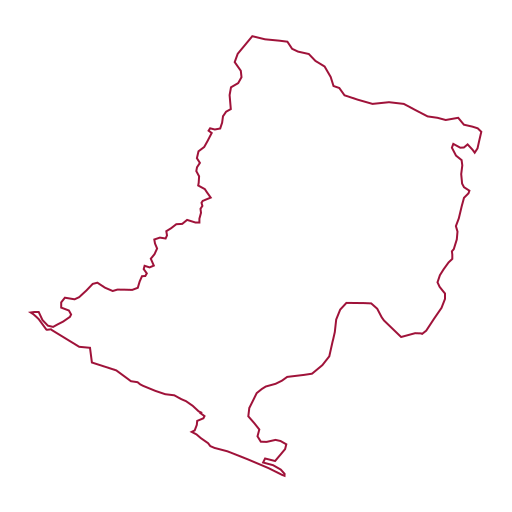 Butaw, Sinoe, Liberia (Albers equal-area conic projection)
{"feature_id": "62588387B58471335034652", "entity_name": "Butaw", "entity_type": "district", "adm_level": 2, "iso_a3": "LBR", "parent_name": "Liberia", "parent_adm1": "Sinoe", "projection": "albers", "projection_center": [-9.093, 5.133], "detail": "fine", "context": "isolated", "style": "outline", "palette": "rose", "viewbox_px": 512, "rotation_deg": 0, "n_neighbors": 0, "source": "geoboundaries", "source_scale": "gbopen_adm2", "svg_char_len": 3037}
<svg xmlns="http://www.w3.org/2000/svg" viewBox="0 0 512 512"><path d="M30.7,312.5L33.2,314.1L36.4,316.9L38.7,319.1L46.3,329.5L46.9,329.8L51.0,329.3L51.9,330.1L79.2,346.8L90.0,347.8L91.9,362.5L116.3,370.4L128.0,379.0L130.9,381.2L137.6,382.2L140.1,384.3L143.0,385.8L155.4,390.9L165.2,394.2L174.3,395.3L180.8,398.9L183.0,399.9L185.9,401.1L192.8,405.9L198.7,411.4L201.1,412.5L200.5,413.2L204.5,416.1L203.4,418.3L197.2,420.9L196.8,424.9L194.7,430.4L191.7,431.9L196.5,434.4L200.8,438.1L208.1,443.2L210.3,446.1L214.7,448.0L215.6,448.2L227.4,451.3L247.7,459.3L268.5,468.1L282.1,474.9L284.5,475.8L284.6,473.9L280.8,469.6L273.1,465.2L263.1,462.5L265.1,458.5L275.1,461.0L285.1,449.1L286.3,444.3L280.5,441.0L275.5,439.9L266.6,441.9L260.8,441.7L257.5,436.3L259.3,429.5L254.4,423.3L248.3,416.3L249.3,407.9L249.7,407.2L253.4,399.8L256.7,393.1L261.8,389.0L265.8,386.5L275.6,383.8L281.9,380.7L287.2,376.9L304.0,374.9L312.0,373.7L313.0,372.9L322.4,365.1L329.3,356.3L329.6,354.9L332.6,341.5L333.2,339.2L334.8,332.1L336.2,319.5L340.2,309.6L346.4,302.9L364.3,303.1L371.2,303.4L377.2,308.7L381.7,317.3L383.9,320.4L401.1,337.0L415.1,333.2L421.1,333.4L422.1,333.9L426.2,330.7L434.0,318.8L441.5,307.9L445.0,298.9L445.0,293.5L442.2,290.1L439.6,286.8L437.5,282.3L439.1,277.6L439.9,275.2L443.6,269.3L448.6,262.4L452.3,258.9L452.3,254.6L451.9,251.3L453.8,249.1L456.8,239.4L457.5,231.6L455.9,226.1L458.8,218.4L461.5,207.1L462.1,204.7L462.4,203.7L464.0,197.8L468.5,193.3L469.4,190.7L464.0,187.2L462.1,183.6L461.2,174.1L462.3,165.4L461.6,160.1L456.0,155.6L451.9,147.7L452.3,146.6L453.3,143.9L460.3,147.7L463.9,147.5L467.6,144.4L472.6,149.8L474.7,152.7L477.5,148.4L479.2,140.8L481.3,131.8L477.7,128.3L472.3,126.6L463.9,124.7L458.2,117.8L445.7,120.0L437.5,117.8L427.6,116.4L414.9,109.8L403.8,103.9L389.0,102.2L372.5,103.9L357.8,99.7L344.5,95.3L341.0,90.4L339.3,88.0L333.5,86.0L330.7,77.0L324.6,66.5L315.4,60.9L308.8,54.0L298.0,51.6L292.1,48.8L287.4,41.7L279.6,40.7L265.0,39.3L254.4,36.7L252.3,36.2L237.7,53.8L234.7,62.1L240.8,70.8L241.5,77.2L238.2,83.1L231.0,87.3L229.6,95.1L230.8,109.1L226.1,111.7L223.8,115.1L223.0,116.2L222.1,122.8L221.3,125.1L220.2,128.5L214.8,129.5L210.1,128.3L208.6,130.7L211.7,133.0L207.5,141.1L204.2,147.0L198.5,151.3L196.9,158.2L199.9,162.9L197.0,167.3L196.3,171.1L199.1,176.3L198.7,182.7L198.2,185.5L204.8,189.1L207.0,192.4L210.7,197.6L202.7,200.9L201.5,202.8L202.4,205.9L200.5,208.8L201.0,212.8L199.4,218.7L199.4,222.5L195.4,222.5L187.1,219.9L182.2,223.9L176.3,224.2L171.0,228.3L166.3,231.2L167.0,235.4L165.6,238.5L159.9,237.6L154.3,239.5L155.0,243.5L157.1,248.5L154.5,254.2L150.8,258.7L153.8,265.6L149.6,267.4L144.6,265.8L143.7,269.1L146.8,273.4L145.3,276.0L142.0,276.2L139.7,281.4L138.7,284.7L137.8,287.8L132.2,289.9L125.3,289.7L117.4,289.6L112.7,291.0L105.0,287.7L97.4,282.7L92.7,283.9L86.4,290.5L79.1,297.2L74.6,299.3L64.9,297.7L61.8,301.6L61.2,302.4L61.2,307.6L68.9,310.5L71.1,314.5L69.9,316.9L63.1,321.6L57.8,324.3L53.1,326.9L47.9,325.7L42.5,320.1L38.7,312.0L34.2,312.0L30.7,312.5Z" fill="none" stroke="#9f1239" stroke-width="2"/></svg>